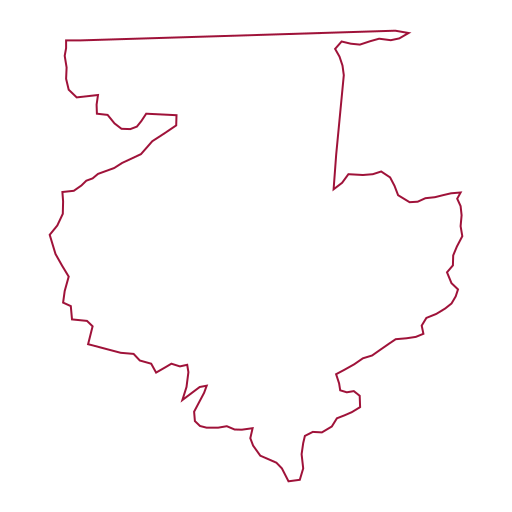 Alto Rio Novo, Espírito Santo, Brazil
{"feature_id": "56859067B59978415419512", "entity_name": "Alto Rio Novo", "entity_type": "district", "adm_level": 2, "iso_a3": "BRA", "parent_name": "Brazil", "parent_adm1": "Espírito Santo", "projection": "mercator", "projection_center": [-40.981, -19.032], "detail": "fine", "context": "isolated", "style": "outline", "palette": "rose", "viewbox_px": 512, "rotation_deg": 0, "n_neighbors": 0, "source": "geoboundaries", "source_scale": "gbopen_adm2", "svg_char_len": 1896}
<svg xmlns="http://www.w3.org/2000/svg" viewBox="0 0 512 512"><path d="M72.0,319.4L87.0,320.9L92.6,326.3L88.1,344.2L120.7,352.8L133.6,353.9L139.8,360.5L151.2,363.7L156.1,372.6L165.5,367.2L171.4,363.7L179.9,366.4L187.2,364.8L188.4,372.2L186.5,387.0L182.4,400.0L199.7,387.0L206.7,385.7L204.1,392.8L194.1,411.7L194.9,421.1L200.0,426.0L206.7,427.7L218.0,427.7L226.8,426.2L234.6,429.5L241.8,429.7L252.6,428.2L250.3,438.2L253.1,445.6L260.3,455.7L276.4,462.7L281.9,468.4L288.5,481.3L299.8,479.8L303.2,468.4L301.6,454.2L303.2,443.1L304.9,435.9L312.8,431.9L321.9,432.4L331.8,426.5L336.9,418.3L344.6,415.3L351.9,412.1L360.1,407.1L359.7,395.8L353.8,391.1L346.8,392.3L340.2,390.3L339.1,383.4L336.1,374.2L344.2,369.9L354.2,364.3L362.9,358.3L372.1,355.5L380.5,349.6L389.0,343.7L395.7,339.2L406.3,338.3L415.8,336.9L423.4,333.8L421.7,325.6L426.4,317.9L436.3,313.9L445.2,308.5L451.5,303.5L455.7,296.4L458.0,289.4L451.5,283.2L447.0,272.3L452.9,265.4L453.2,255.4L456.9,246.5L462.3,236.2L460.6,226.2L461.6,215.3L460.6,206.1L457.2,198.7L460.6,192.5L451.0,193.3L442.9,195.2L434.9,197.2L425.4,198.2L417.7,201.7L409.6,202.2L398.1,195.2L394.5,185.8L390.1,177.4L381.2,171.5L372.8,174.2L362.9,175.0L348.4,174.2L342.1,182.8L333.6,189.3L336.2,154.4L343.8,75.2L342.5,65.6L339.5,56.6L335.1,48.9L341.6,41.5L350.8,43.7L359.9,44.6L370.2,41.2L379.1,38.7L390.8,40.2L399.3,38.4L408.6,33.0L395.3,30.7L218.0,36.2L80.4,40.4L66.1,40.4L66.1,48.1L64.7,55.8L66.6,67.5L66.1,78.8L68.7,89.7L76.7,97.4L98.0,95.0L96.6,104.6L96.9,113.7L107.6,114.9L114.5,123.4L121.5,128.8L130.3,129.1L136.9,126.6L141.3,121.1L146.2,113.7L176.5,115.2L176.2,125.4L164.8,133.1L152.3,141.2L141.0,154.1L122.2,162.9L114.2,168.0L98.0,173.9L92.6,178.4L86.3,180.7L81.4,185.5L73.8,190.8L62.4,192.0L63.1,201.4L62.8,213.8L57.3,225.5L49.7,234.8L55.5,254.0L62.1,265.7L68.7,276.6L64.7,291.0L63.1,302.6L70.8,306.1L72.0,319.4Z" fill="none" stroke="#9f1239" stroke-width="2"/></svg>